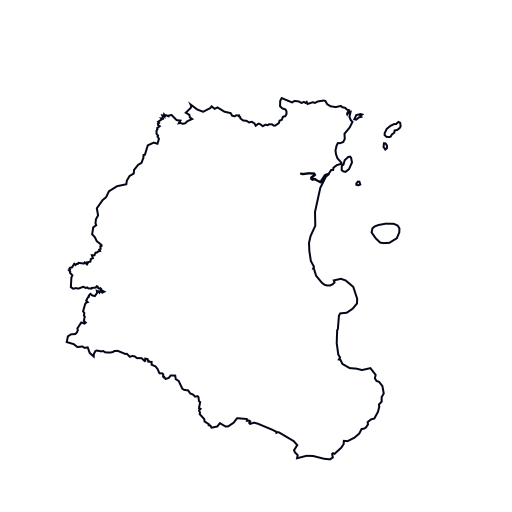 South Santo, Sanma, Vanuatu (Natural Earth projection), rotated 291°
{"feature_id": "77236927B84597259035429", "entity_name": "South Santo", "entity_type": "district", "adm_level": 2, "iso_a3": "VUT", "parent_name": "Vanuatu", "parent_adm1": "Sanma", "projection": "natural_earth1", "projection_center": [166.9, -15.558], "detail": "fine", "context": "isolated", "style": "outline", "palette": "ink", "viewbox_px": 512, "rotation_deg": 291, "n_neighbors": 0, "source": "geoboundaries", "source_scale": "gbopen_adm2", "svg_char_len": 6098}
<svg xmlns="http://www.w3.org/2000/svg" viewBox="0 0 512 512"><g transform="rotate(291 256 256)"><path d="M412.6,223.4L409.5,223.0L404.4,224.8L403.2,227.8L403.4,231.0L402.0,232.6L399.4,233.6L397.0,233.2L395.7,231.3L392.3,231.2L390.8,229.5L388.3,229.7L384.5,227.1L384.1,225.6L384.7,223.8L383.5,220.7L382.3,220.1L382.0,217.8L379.6,215.8L380.6,212.6L380.4,210.8L377.5,209.0L379.2,207.1L379.8,204.0L378.2,201.7L378.8,198.7L377.9,195.5L378.8,192.2L380.1,191.4L380.2,190.0L381.2,189.8L380.1,186.9L378.8,186.1L378.4,183.5L380.3,181.1L379.4,174.8L380.9,166.8L378.6,164.7L379.8,160.9L377.7,160.3L371.7,154.9L371.7,148.7L374.0,140.6L372.8,141.8L370.9,142.0L364.6,139.1L363.9,143.2L361.7,144.6L361.0,147.3L357.2,143.6L354.6,142.4L353.2,140.4L353.1,137.8L352.3,136.4L355.3,136.9L354.4,133.2L357.4,126.6L355.7,124.1L355.1,124.2L355.2,121.6L354.5,121.3L355.2,119.6L353.4,120.4L354.0,119.2L353.7,118.1L352.9,119.0L351.1,119.0L350.9,120.8L350.4,118.3L349.9,119.1L346.2,116.5L345.5,117.8L344.3,117.0L343.1,117.8L342.7,119.6L340.0,117.9L339.0,118.6L337.4,118.2L334.5,119.3L333.3,121.4L332.2,121.3L330.6,123.4L325.5,123.8L325.2,119.9L320.5,115.3L310.7,116.0L309.9,114.8L307.4,115.7L301.9,115.7L298.9,113.3L292.6,111.3L289.2,112.3L285.4,109.3L280.1,108.4L276.5,109.2L271.4,101.3L263.7,95.5L257.2,95.0L253.3,92.8L243.5,90.3L237.3,94.0L232.9,93.4L228.9,94.5L227.5,95.8L224.4,93.8L217.6,95.2L215.8,98.8L212.8,102.0L210.9,107.9L210.0,108.2L209.2,107.2L207.0,108.4L205.7,107.4L204.8,108.6L203.2,106.6L202.2,106.3L201.6,105.0L198.8,104.9L197.9,102.5L195.6,104.5L193.9,102.9L191.4,103.4L189.7,100.8L189.3,101.5L187.6,101.3L188.6,98.3L187.2,97.9L186.0,92.7L184.9,92.6L184.2,91.2L182.9,90.7L183.6,89.1L179.4,88.3L178.5,86.7L177.4,86.3L176.7,87.2L175.7,86.4L174.9,88.1L173.6,88.4L172.2,91.5L169.6,91.4L160.6,94.3L159.9,97.1L161.3,99.0L162.0,102.0L165.4,105.8L165.1,108.5L166.1,109.5L165.7,111.1L166.6,114.1L167.3,114.1L169.1,117.7L170.7,118.1L170.7,119.1L169.3,120.4L169.4,121.6L170.2,122.1L169.7,123.4L168.7,123.7L168.3,127.1L166.7,125.6L167.9,123.3L165.7,123.0L166.6,121.7L166.1,121.3L166.3,120.0L164.8,120.9L160.8,119.9L160.5,117.2L161.3,115.0L159.1,114.1L157.9,114.6L157.2,113.9L153.5,113.5L152.6,115.4L151.5,114.1L149.8,113.7L142.4,114.4L141.2,116.2L138.7,116.7L138.0,117.9L133.7,118.5L132.8,120.9L131.4,120.1L131.3,116.7L124.4,115.2L123.0,116.2L120.5,116.2L118.4,115.3L116.6,111.4L113.6,109.2L107.8,110.1L108.4,117.4L107.0,121.9L109.3,126.3L108.8,129.0L110.4,131.6L105.9,135.5L104.0,140.5L106.4,139.7L109.8,140.2L110.7,141.3L111.5,145.7L112.5,147.4L112.0,149.8L113.5,154.3L115.2,157.0L116.5,157.7L117.9,161.0L117.7,169.0L118.4,170.5L116.7,174.3L118.4,176.5L118.8,178.8L118.0,181.4L119.6,185.8L118.0,189.8L118.4,190.2L120.5,189.4L120.9,191.7L118.9,193.3L119.5,193.7L119.1,194.7L119.7,196.5L117.1,197.5L116.9,201.8L115.2,204.6L111.9,207.9L112.8,210.4L112.3,211.8L110.1,212.5L109.6,213.4L110.1,213.8L108.8,215.6L110.8,218.2L113.9,219.2L115.4,223.4L112.3,225.2L111.6,228.6L105.6,234.9L105.3,237.0L106.2,240.8L104.1,243.9L104.1,246.7L102.9,249.6L104.2,251.7L103.6,252.9L100.1,254.7L99.6,256.2L93.5,257.3L93.4,258.9L91.4,258.2L89.6,259.9L88.2,260.1L85.2,266.1L83.1,267.3L82.1,272.1L81.0,272.5L81.4,274.1L79.8,276.0L83.0,281.0L87.0,282.2L85.9,288.7L87.0,291.1L92.4,294.9L97.8,296.5L100.5,305.7L100.2,306.5L98.9,306.6L99.9,308.9L99.5,309.9L97.7,309.5L97.1,310.6L99.7,313.9L100.1,317.8L99.6,334.0L99.2,337.6L98.2,338.4L99.4,339.4L99.5,340.9L96.7,357.5L94.2,362.3L88.4,361.1L86.7,362.6L85.0,366.3L81.9,366.8L87.5,374.7L88.8,378.2L89.8,381.3L91.1,392.3L92.7,398.0L95.4,399.9L98.5,398.0L99.5,398.6L99.4,400.2L107.6,404.3L111.8,405.2L114.9,404.3L116.0,407.9L121.7,413.0L127.2,416.0L132.3,416.6L133.5,418.7L135.3,420.1L139.0,420.9L140.8,419.8L141.8,420.2L144.8,422.1L146.6,424.7L154.2,425.7L159.4,425.1L161.5,424.0L165.1,425.5L169.2,423.9L173.5,424.5L179.9,420.6L182.6,416.0L182.5,413.3L184.4,410.8L187.9,410.3L192.3,403.0L187.5,395.8L186.8,390.0L184.9,383.6L186.2,375.4L189.4,371.9L189.1,370.5L191.4,370.8L193.4,368.2L203.5,362.6L215.7,358.4L217.2,358.6L230.0,354.8L232.6,355.2L235.6,361.1L241.4,365.1L247.8,367.3L252.3,365.8L262.0,357.9L265.3,348.5L265.1,343.4L261.1,337.4L259.5,338.8L257.1,337.7L255.0,335.7L253.9,332.8L253.7,330.3L254.6,327.1L259.1,319.2L265.1,314.5L264.8,313.9L266.8,313.9L271.0,309.0L279.6,304.1L287.2,300.8L294.2,299.8L305.5,300.5L318.3,295.3L342.6,291.6L355.1,292.8L357.9,294.4L358.1,293.7L356.0,292.2L349.0,291.0L347.8,289.8L348.6,283.5L347.3,281.4L347.7,279.9L349.1,279.3L352.7,281.6L353.6,280.9L352.1,276.0L349.1,270.5L348.8,268.9L349.0,267.8L349.5,270.5L352.3,275.6L354.0,280.8L352.9,282.1L348.9,280.0L348.0,280.4L349.1,283.7L348.3,286.7L348.5,289.6L356.2,291.3L358.2,293.5L358.4,294.3L363.3,295.4L364.0,297.2L366.3,296.7L369.8,298.9L372.8,302.7L373.7,302.3L376.4,297.0L379.7,294.2L383.0,292.4L387.6,291.7L390.7,291.9L391.6,294.3L393.7,296.6L397.1,296.9L401.9,294.8L409.5,297.4L415.8,298.0L416.8,295.8L419.3,293.4L424.7,292.6L424.0,291.2L420.9,290.5L421.5,290.0L425.4,290.5L425.3,288.2L426.3,286.2L425.8,283.2L426.5,281.4L423.6,277.1L422.5,272.0L423.2,268.1L425.6,265.2L425.4,263.5L422.5,258.4L420.0,256.1L419.9,253.9L416.4,249.6L418.0,248.1L416.7,247.5L417.0,245.5L415.2,243.7L415.6,240.5L414.6,236.5L412.3,234.6L412.6,223.4ZM335.4,373.0L332.7,365.6L328.8,359.2L326.1,356.2L323.6,354.8L319.5,355.4L315.4,361.4L313.0,367.1L313.7,370.4L316.1,375.8L323.1,381.1L329.4,381.3L333.2,380.0L335.2,377.3L335.4,373.0ZM425.7,334.9L421.5,332.5L416.8,332.1L414.9,332.8L414.0,335.2L414.9,338.1L415.9,339.0L418.2,339.3L420.6,340.9L422.8,340.4L424.3,342.7L427.0,344.3L428.8,344.6L432.0,342.9L432.2,340.9L429.4,339.5L428.7,337.7L425.7,334.9ZM372.6,304.9L370.9,303.8L366.9,305.2L366.3,307.0L366.6,309.4L370.5,311.7L377.7,312.1L381.6,309.7L382.5,308.3L381.5,306.6L377.2,304.5L372.6,304.9ZM423.4,299.1L418.9,298.8L419.2,300.7L422.3,302.4L423.6,304.4L424.3,303.2L426.1,304.4L426.0,302.7L423.4,299.1ZM407.1,335.1L403.5,336.0L401.7,338.6L403.7,339.6L406.1,338.6L407.5,336.6L407.1,335.1ZM362.0,324.5L359.7,323.7L358.4,324.2L358.8,326.4L360.1,327.7L362.4,325.9L362.0,324.5Z" fill="none" stroke="#020617" stroke-width="2"/></g></svg>